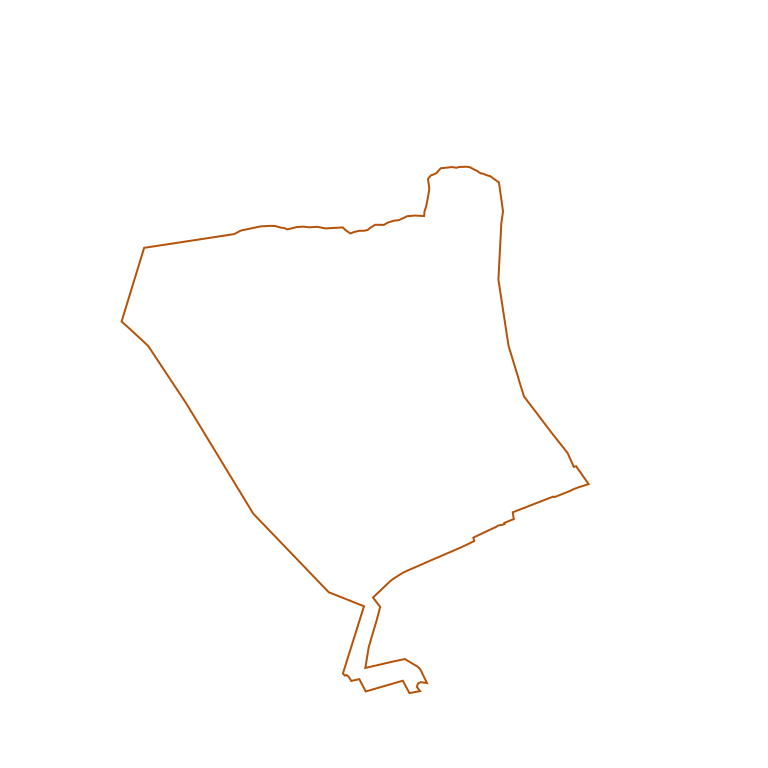 the district of San Lucas Quiaviní, Oaxaca, Mexico, rotated 140°
{"feature_id": "50627088B89558645189060", "entity_name": "San Lucas Quiaviní", "entity_type": "district", "adm_level": 2, "iso_a3": "MEX", "parent_name": "Mexico", "parent_adm1": "Oaxaca", "projection": "albers", "projection_center": [-96.46, 16.882], "detail": "fine", "context": "isolated", "style": "outline", "palette": "amber", "viewbox_px": 768, "rotation_deg": 140, "n_neighbors": 0, "source": "geoboundaries", "source_scale": "gbopen_adm2", "svg_char_len": 1918}
<svg xmlns="http://www.w3.org/2000/svg" viewBox="0 0 768 768"><g transform="rotate(140 384 384)"><path d="M595.6,160.2L585.4,155.7L567.5,147.8L560.3,144.6L563.2,130.9L553.8,125.5L553.5,130.9L550.5,132.7L547.6,132.1L543.3,127.3L539.6,142.2L539.8,145.4L544.8,159.9L556.3,166.0L580.8,178.5L565.0,192.1L554.9,198.9L541.8,207.5L530.2,215.7L530.0,221.2L529.7,227.5L521.2,228.0L510.2,228.7L505.0,229.0L499.5,228.5L491.7,227.4L486.3,226.1L469.8,221.2L466.2,220.2L429.2,209.1L419.9,206.7L415.9,205.7L414.3,208.9L401.9,205.7L397.1,204.4L389.7,202.4L387.8,202.3L385.9,201.4L385.7,201.1L384.9,200.5L381.6,199.2L381.1,200.3L371.4,197.1L367.8,203.0L354.2,198.3L343.7,194.8L342.7,194.4L333.5,191.3L328.9,189.7L326.8,189.0L325.9,187.7L310.0,182.4L306.8,181.7L300.4,179.5L297.9,178.3L297.5,178.2L291.6,175.8L289.7,197.6L291.9,198.5L287.7,213.2L287.0,238.3L285.0,279.9L284.9,280.9L284.9,281.7L284.8,284.1L284.7,284.7L284.1,286.1L283.5,287.5L282.2,290.7L280.9,293.7L279.5,297.0L278.3,299.8L277.1,302.5L264.1,333.1L229.3,390.4L190.8,431.7L181.8,439.8L166.4,464.5L169.0,474.8L171.0,477.8L173.2,481.8L174.3,482.8L175.3,485.5L175.6,487.3L176.6,489.2L178.8,494.7L180.8,497.1L187.0,502.0L189.4,503.0L192.5,506.5L201.9,512.8L207.9,511.9L210.8,512.4L214.0,513.7L218.5,512.8L223.8,504.4L230.3,498.8L236.4,493.9L239.0,492.0L241.7,490.5L245.3,486.9L252.1,493.2L258.3,497.6L267.4,500.0L271.3,502.7L277.6,505.3L281.7,505.9L288.5,511.7L294.2,512.5L297.5,512.5L300.5,514.0L304.5,517.3L309.3,519.7L313.0,520.9L314.5,526.5L314.9,530.4L328.7,540.7L334.2,547.4L340.7,552.2L344.4,556.2L350.1,560.4L358.6,564.5L359.9,567.1L362.6,570.3L365.9,575.1L369.4,578.2L377.3,584.1L394.9,593.5L402.5,595.2L480.2,642.5L544.9,600.5L543.3,589.7L540.2,564.7L547.9,496.9L567.5,368.7L560.2,260.0L542.2,226.6L601.6,188.6L601.4,185.8L599.7,185.0L599.2,182.3L599.7,179.1L599.9,177.5L592.6,173.8L593.1,171.7L595.6,160.2Z" fill="none" stroke="#b45309" stroke-width="2"/></g></svg>